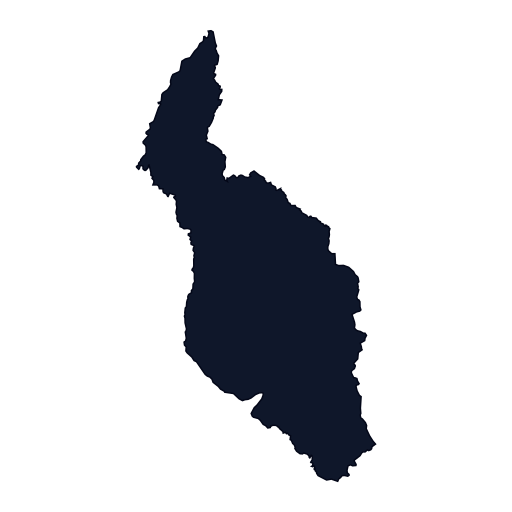 La Paz, Santander, Colombia (Robinson projection)
{"feature_id": "7082276B35281829421288", "entity_name": "La Paz", "entity_type": "district", "adm_level": 2, "iso_a3": "COL", "parent_name": "Colombia", "parent_adm1": "Santander", "projection": "robinson", "projection_center": [-73.636, 6.235], "detail": "fine", "context": "isolated", "style": "filled", "palette": "ink", "viewbox_px": 512, "rotation_deg": 0, "n_neighbors": 0, "source": "geoboundaries", "source_scale": "gbopen_adm2", "svg_char_len": 6074}
<svg xmlns="http://www.w3.org/2000/svg" viewBox="0 0 512 512"><path d="M329.9,228.7L328.5,227.3L328.5,226.6L327.5,226.6L326.8,225.5L326.4,225.3L325.9,226.0L325.6,225.3L324.8,226.1L324.3,225.9L323.5,224.2L320.6,222.9L320.2,222.6L320.4,221.7L318.2,220.6L316.2,218.1L311.5,217.5L311.0,216.3L310.6,216.2L309.8,216.5L309.1,217.5L307.7,217.0L306.7,215.4L301.7,212.7L301.3,211.2L299.7,210.0L300.2,209.1L296.2,207.5L295.1,205.5L291.0,205.6L289.9,203.4L288.2,202.6L287.1,199.3L285.7,197.9L286.0,195.7L285.2,194.6L284.3,194.0L283.8,192.5L281.6,191.0L281.4,189.9L280.4,189.8L280.6,188.5L277.2,190.3L276.3,190.3L275.8,189.9L276.0,188.8L275.3,186.9L271.4,184.9L270.6,182.4L268.0,183.2L266.2,182.7L265.6,181.1L264.3,180.1L264.6,178.8L263.5,177.4L259.6,175.5L254.0,171.0L250.7,172.9L249.6,174.8L250.8,176.2L248.2,177.6L244.7,177.0L242.5,175.5L240.9,175.1L238.9,175.9L238.2,177.2L236.9,177.7L236.2,177.5L234.7,175.7L233.4,175.1L229.6,177.9L228.0,178.4L227.2,178.0L226.8,179.8L227.4,181.5L224.8,180.1L224.2,177.5L222.4,175.6L222.1,173.7L223.2,170.0L224.3,169.5L225.3,166.9L224.9,161.6L225.7,157.4L225.4,156.8L224.2,154.9L222.1,154.6L221.4,151.3L218.1,148.2L212.9,144.6L210.9,144.2L208.1,142.4L206.4,141.9L205.8,139.8L206.0,139.2L207.2,138.7L206.3,135.1L207.9,131.2L207.4,128.1L207.6,127.1L209.2,126.3L211.5,122.4L213.3,118.0L213.3,116.7L214.1,115.7L213.6,113.3L215.0,111.8L215.4,110.2L217.6,107.4L217.5,106.6L218.0,105.8L220.2,104.8L222.0,100.0L218.3,99.6L219.3,94.8L221.7,91.4L221.8,89.4L219.6,89.3L219.3,88.8L220.1,87.3L220.2,86.2L218.5,85.5L218.0,84.0L215.6,82.2L214.6,80.1L213.3,78.7L215.6,75.2L215.6,74.3L213.8,73.6L213.6,72.9L215.2,68.3L215.3,67.3L214.4,65.9L214.5,65.3L217.1,64.4L218.1,60.9L218.6,55.8L217.0,53.1L216.1,50.3L215.3,49.5L215.5,47.9L216.5,46.0L215.3,43.0L213.1,31.9L211.0,30.7L208.2,31.1L209.0,33.5L208.1,36.9L206.7,38.0L205.5,37.7L204.8,36.5L203.8,36.7L203.5,40.6L202.7,41.8L199.9,43.6L197.8,48.0L194.6,51.2L190.2,57.7L185.3,59.0L181.9,61.2L180.1,70.7L178.8,71.9L172.9,74.5L171.6,77.0L170.6,80.5L170.5,82.5L171.0,84.1L169.7,86.7L167.6,89.8L163.1,92.8L161.9,94.5L161.3,101.0L160.4,102.0L158.2,102.5L158.5,103.6L160.6,103.8L160.6,104.8L158.6,107.6L154.1,120.5L153.2,121.7L149.7,123.7L150.4,127.8L149.9,129.2L146.2,132.0L146.0,133.2L146.7,134.1L148.6,134.9L148.4,135.5L143.1,141.7L143.2,143.1L145.4,145.1L146.1,146.7L146.2,152.9L145.0,155.1L143.5,156.1L140.8,159.6L140.7,160.9L138.7,163.1L138.5,165.1L136.5,166.4L136.6,167.2L138.7,169.3L139.3,168.7L140.2,165.7L141.7,165.6L143.0,166.2L143.0,168.7L143.4,169.4L144.7,170.4L145.7,170.4L148.0,167.9L148.6,165.2L149.1,165.0L150.9,172.5L150.9,175.2L152.8,176.6L152.0,178.3L153.8,180.3L153.9,182.3L152.9,184.9L157.3,184.9L158.7,186.1L159.4,188.7L162.9,188.8L163.1,191.6L163.6,192.7L166.5,194.0L167.7,196.4L168.1,196.5L169.6,193.2L175.2,195.1L175.4,196.3L174.0,196.9L173.8,197.5L176.0,200.0L176.5,201.3L176.2,204.3L176.9,207.6L176.0,212.2L176.4,214.1L177.2,215.5L176.9,218.3L177.6,221.3L179.9,223.0L180.0,226.6L182.2,227.5L184.0,228.8L187.3,228.5L189.8,229.0L190.8,229.9L191.1,230.8L190.8,233.0L188.4,233.8L188.2,235.1L190.7,237.0L190.0,239.5L191.6,240.9L190.9,242.9L191.2,244.4L193.8,245.5L194.2,246.2L193.4,248.1L193.1,250.4L194.7,252.6L193.9,255.8L194.4,257.4L193.7,259.0L193.8,265.8L193.4,267.6L192.1,269.3L192.0,270.2L193.5,271.4L194.4,273.3L194.3,278.5L194.6,281.0L194.5,282.1L193.1,284.1L192.9,288.8L191.4,290.6L191.5,292.7L188.8,294.4L188.2,295.5L187.8,296.8L188.0,298.8L187.3,299.8L186.7,302.3L186.4,306.7L185.3,308.0L184.8,312.8L185.1,314.5L184.4,316.1L185.0,318.2L185.1,322.9L186.5,329.0L185.8,331.6L185.3,332.0L186.3,338.2L185.6,341.1L184.2,341.9L184.1,342.3L184.5,345.1L186.2,346.9L185.9,351.0L187.2,352.9L191.8,357.0L194.1,360.6L196.5,361.7L205.2,374.4L207.3,376.1L209.9,377.1L212.0,379.2L213.1,382.3L218.3,386.4L220.5,389.1L224.2,391.2L224.7,392.2L233.5,393.5L239.1,398.8L242.5,400.6L244.9,399.7L248.1,399.3L251.0,398.0L255.6,394.5L259.4,392.9L262.3,392.7L263.1,393.2L263.2,395.0L261.8,398.9L257.0,405.1L254.3,407.6L251.6,412.7L251.2,413.5L252.3,416.2L253.5,417.2L258.3,418.5L260.3,420.3L263.2,424.4L265.6,425.6L267.8,428.0L270.3,427.5L270.7,426.0L271.6,426.0L272.3,425.3L275.6,425.3L277.7,426.4L278.2,427.2L279.1,427.2L279.4,428.5L282.9,431.5L283.2,433.1L285.4,432.3L286.4,433.7L287.7,433.2L288.7,434.8L290.6,435.8L290.1,439.6L291.4,440.3L292.7,443.5L294.1,444.6L295.2,447.1L294.9,448.5L296.6,451.2L300.0,453.7L302.5,453.9L303.7,453.0L307.2,454.1L308.9,455.7L309.3,457.5L309.8,457.9L311.2,455.3L311.8,455.6L312.3,457.2L312.2,459.8L310.7,462.2L311.0,462.6L312.4,462.8L312.9,463.5L312.6,465.7L311.6,466.3L312.6,466.7L313.8,465.8L314.5,466.2L314.5,467.5L315.0,468.2L314.2,468.7L314.3,469.5L315.2,469.8L315.3,470.9L316.3,471.7L316.7,473.4L318.1,475.6L326.6,480.0L331.4,479.1L337.7,481.3L338.8,478.8L340.4,477.7L342.2,475.6L344.7,475.5L347.8,476.2L349.1,475.2L349.0,474.4L347.3,472.8L347.0,470.3L348.0,465.9L350.4,464.8L352.6,465.8L355.9,465.5L356.1,464.4L354.3,461.2L354.2,460.2L360.0,455.7L361.8,452.8L362.9,451.9L365.1,451.9L367.4,449.9L368.7,450.6L370.7,449.8L371.6,448.7L372.0,446.7L375.5,444.1L373.0,441.2L369.6,435.9L366.2,428.7L366.6,425.5L365.4,422.6L362.4,419.0L360.7,417.8L360.2,415.0L360.8,413.4L360.4,408.2L361.1,396.6L359.4,395.4L357.1,390.9L356.0,386.6L356.4,385.1L358.3,384.6L359.1,383.7L357.5,381.0L356.9,378.5L354.7,377.7L353.7,377.8L351.3,372.8L351.6,370.7L354.4,368.6L355.3,366.0L355.1,365.2L353.9,364.0L353.9,363.1L357.7,358.9L358.3,352.5L362.1,349.8L361.6,348.8L361.3,346.5L360.2,343.2L364.7,340.6L365.0,338.3L366.5,335.4L365.0,333.2L363.4,333.2L360.4,331.5L357.6,330.8L356.3,330.1L354.4,328.1L354.9,324.8L354.5,322.2L352.0,314.4L356.5,311.9L359.7,311.1L360.9,309.9L360.0,306.9L359.9,301.7L358.9,300.0L357.5,299.4L356.7,297.0L358.7,290.2L358.7,289.5L357.7,288.5L358.2,286.9L357.5,283.1L358.8,281.8L358.1,277.9L357.5,276.7L355.1,274.7L353.5,271.6L348.7,267.3L343.5,265.4L338.7,265.6L335.5,264.4L334.9,253.7L331.7,253.7L328.5,250.8L327.8,249.2L327.8,246.7L328.8,243.7L329.1,240.9L328.4,238.1L329.0,237.1L329.4,234.7L329.1,231.5L329.9,228.7Z" fill="#0f172a" stroke="#020617" stroke-width="1.5"/></svg>